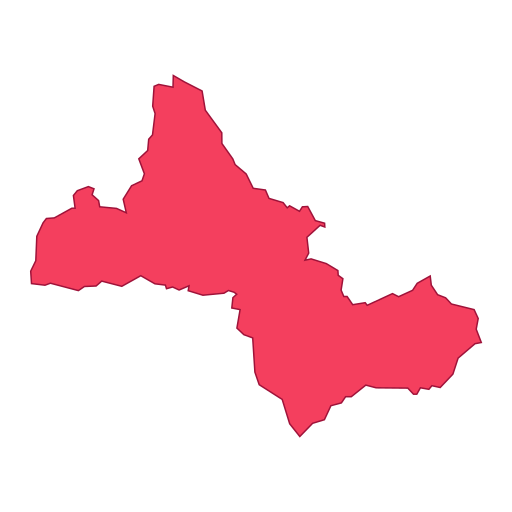 Drugovo, Drugovo, North Macedonia
{"feature_id": "65306769B99207835594431", "entity_name": "Drugovo", "entity_type": "district", "adm_level": 2, "iso_a3": "MKD", "parent_name": "North Macedonia", "parent_adm1": "Drugovo", "projection": "mercator", "projection_center": [20.907, 41.458], "detail": "fine", "context": "isolated", "style": "filled", "palette": "rose", "viewbox_px": 512, "rotation_deg": 0, "n_neighbors": 0, "source": "geoboundaries", "source_scale": "gbopen_adm2", "svg_char_len": 1665}
<svg xmlns="http://www.w3.org/2000/svg" viewBox="0 0 512 512"><path d="M324.8,227.0L324.6,223.2L315.3,220.6L307.7,206.5L302.4,206.8L299.5,211.3L289.6,205.8L287.2,207.8L283.1,202.6L269.0,198.4L265.4,190.0L253.2,188.3L246.2,174.0L235.1,164.6L232.8,158.9L221.9,143.5L221.8,132.8L205.3,110.2L202.1,91.0L184.0,81.7L173.3,75.5L173.0,87.2L158.7,84.4L154.1,86.3L152.7,106.2L155.1,113.6L152.5,134.9L148.7,139.2L147.7,150.5L138.8,158.8L144.4,173.8L142.0,180.8L131.6,185.7L123.2,199.2L126.3,212.8L116.5,208.4L99.7,206.8L98.6,200.6L92.1,194.8L94.0,188.8L88.4,186.6L77.3,190.7L73.4,195.5L75.1,208.2L71.9,208.2L54.3,217.9L46.4,218.5L43.1,222.8L36.8,236.3L35.8,260.7L30.7,271.2L31.5,283.6L45.0,285.2L50.4,283.2L78.4,290.6L84.4,286.5L96.1,286.0L101.7,281.1L121.8,286.3L140.8,275.7L154.9,283.8L165.4,285.1L166.5,288.7L172.6,287.0L179.1,290.0L189.0,285.8L188.2,290.7L202.9,295.2L224.0,293.2L228.4,290.5L234.0,292.2L236.7,294.2L232.9,297.7L231.8,308.0L240.1,309.6L236.9,328.1L243.9,334.7L252.7,337.9L254.9,372.1L259.2,384.7L282.2,399.4L289.7,423.8L299.8,436.5L312.6,423.3L324.4,419.7L330.9,405.7L341.4,402.9L345.6,396.7L351.3,396.7L365.8,385.1L376.1,387.8L407.8,388.1L413.5,394.2L416.8,394.2L420.4,387.8L428.9,389.3L431.9,385.7L440.2,387.5L452.9,374.1L458.1,358.1L475.0,343.7L481.3,342.5L476.2,329.2L478.2,318.5L474.1,309.6L451.4,304.0L445.6,297.8L437.6,294.7L431.3,285.2L430.2,276.0L417.2,283.3L412.6,290.3L398.6,296.7L392.5,293.6L367.2,305.3L365.2,302.7L352.7,304.7L347.1,296.5L343.8,296.5L341.1,290.1L342.9,278.7L338.2,275.3L337.9,270.6L326.3,263.6L311.1,258.9L305.0,260.2L308.7,253.1L306.9,237.3L320.1,225.3L324.8,227.0Z" fill="#f43f5e" stroke="#9f1239" stroke-width="1.5"/></svg>